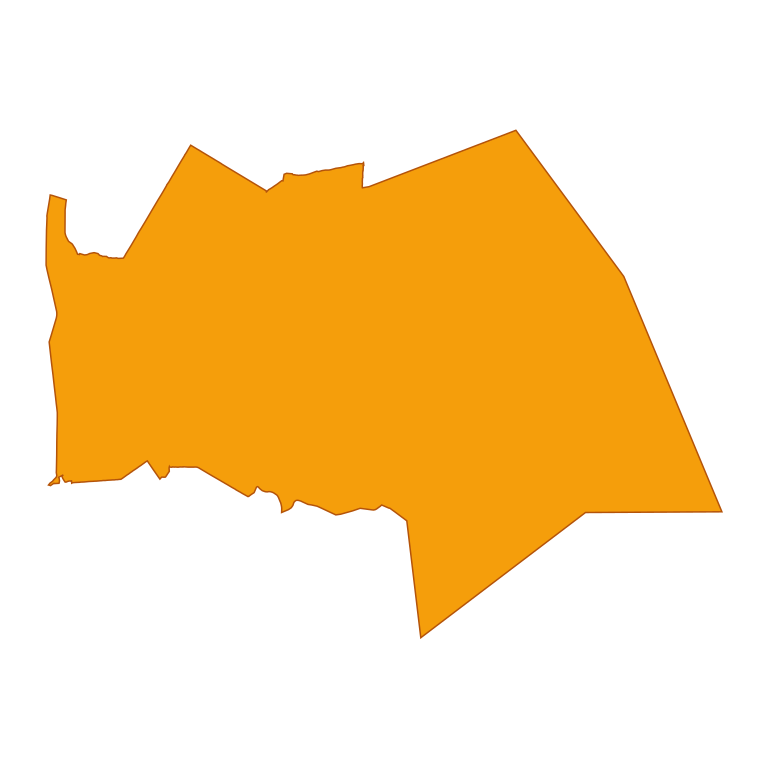 Waterland, Noord-Holland, Netherlands (Albers equal-area conic projection)
{"feature_id": "6326949B46441940402531", "entity_name": "Waterland", "entity_type": "district", "adm_level": 2, "iso_a3": "NLD", "parent_name": "Netherlands", "parent_adm1": "Noord-Holland", "projection": "albers", "projection_center": [4.995, 52.443], "detail": "fine", "context": "isolated", "style": "filled", "palette": "amber", "viewbox_px": 768, "rotation_deg": 0, "n_neighbors": 0, "source": "geoboundaries", "source_scale": "gbopen_adm2", "svg_char_len": 5707}
<svg xmlns="http://www.w3.org/2000/svg" viewBox="0 0 768 768"><path d="M515.9,130.3L369.0,186.7L362.4,187.8L362.3,187.4L362.3,186.9L362.3,186.1L362.2,185.9L362.3,185.1L362.4,183.9L362.3,181.6L362.3,181.4L362.4,181.0L362.4,180.9L362.4,180.7L362.3,180.1L362.4,179.8L362.4,179.6L362.4,178.4L362.5,178.3L362.5,178.2L362.8,177.7L362.7,177.4L362.7,176.5L362.8,175.9L362.7,175.2L362.7,173.5L362.7,173.1L362.8,171.4L362.8,171.0L363.0,171.0L363.1,170.3L363.2,169.8L363.1,169.4L363.1,169.2L363.2,168.6L363.2,168.1L363.2,167.4L363.3,166.8L363.2,166.4L363.1,166.1L363.1,165.4L363.8,165.4L363.6,163.3L363.5,162.6L363.3,162.8L363.2,163.0L362.8,163.5L362.7,163.5L362.1,163.7L361.8,163.7L359.1,163.6L355.3,164.2L353.3,164.7L349.7,165.4L347.4,165.8L344.7,166.8L342.5,167.2L341.0,167.6L335.8,168.3L331.2,169.6L329.9,169.9L328.4,170.1L325.3,170.1L322.1,170.6L319.3,171.4L318.3,171.6L317.0,171.2L316.7,171.2L309.5,173.9L305.6,174.9L303.5,175.1L300.5,175.2L298.0,175.4L297.6,175.2L296.2,175.1L294.1,174.7L293.8,174.8L292.9,174.6L292.3,173.8L286.6,173.3L284.1,174.3L283.1,179.8L283.0,180.8L281.8,180.7L281.6,180.8L279.7,182.2L277.9,183.6L277.1,184.2L273.8,186.4L272.3,187.5L270.2,188.8L268.6,189.7L266.1,192.4L266.5,191.0L265.0,190.1L226.3,166.8L221.7,164.0L221.4,163.7L190.7,145.2L189.0,148.0L186.7,152.0L185.7,153.6L184.7,155.0L184.5,155.6L182.0,159.7L180.3,162.5L174.5,172.4L172.3,176.0L168.9,181.9L166.7,185.0L166.6,185.5L163.5,190.9L160.7,195.6L158.1,199.8L150.7,212.3L150.6,212.5L148.9,215.4L144.9,222.2L140.7,229.1L139.5,231.0L138.6,232.5L137.9,233.7L137.6,234.3L136.2,236.8L130.9,245.8L126.2,253.4L125.5,254.5L125.3,255.1L124.1,257.0L123.5,258.0L122.9,258.2L120.6,258.3L118.0,258.4L116.7,257.9L116.4,257.9L114.5,258.1L112.0,258.1L110.9,257.7L109.7,257.9L108.9,257.9L107.8,257.4L106.5,256.4L104.8,256.4L103.9,256.3L102.7,256.5L101.8,255.9L99.6,255.3L98.0,253.6L94.4,252.7L93.8,252.7L89.7,253.5L87.3,254.6L86.7,254.7L85.3,254.9L84.6,255.0L79.8,253.6L79.4,254.3L79.3,254.5L78.8,254.3L77.6,254.3L77.5,254.1L76.8,252.3L75.2,248.8L74.6,247.7L74.0,246.8L72.5,244.4L72.2,244.1L71.9,243.7L70.0,242.4L68.8,241.5L68.7,241.4L68.3,240.9L66.2,236.8L65.8,235.8L65.3,234.1L65.2,233.6L65.0,232.5L65.0,228.7L65.1,212.8L65.1,209.8L65.2,209.0L65.5,206.5L65.6,205.6L65.8,203.3L66.3,199.9L59.5,197.7L52.1,195.4L50.2,195.0L49.7,198.8L47.3,213.1L47.0,215.2L46.9,215.8L47.0,217.9L46.8,223.1L46.5,230.0L46.2,248.5L46.1,262.9L46.1,265.2L47.0,269.7L48.8,277.5L50.8,285.6L51.7,289.3L52.4,292.4L56.2,309.5L56.6,311.2L56.8,313.0L56.8,314.7L56.7,316.0L56.5,317.0L56.3,318.1L53.3,328.3L51.1,335.7L49.5,340.9L49.2,341.8L49.2,342.4L51.5,362.8L53.0,374.9L54.1,384.8L55.6,397.6L56.2,403.1L56.8,408.0L57.2,411.6L57.3,412.6L57.3,415.0L57.3,416.2L57.2,424.4L57.0,431.4L56.9,435.5L56.9,437.2L56.8,441.7L56.7,454.9L56.5,465.1L56.4,469.9L56.3,472.6L56.8,475.5L56.2,477.3L53.5,480.0L52.6,481.2L49.9,483.2L49.4,483.9L48.5,485.0L50.6,485.6L50.9,485.3L52.6,484.2L54.0,483.3L54.2,483.5L54.3,483.6L59.0,483.3L59.1,483.2L59.5,481.0L59.5,480.5L59.4,479.9L59.3,479.1L59.2,478.6L59.1,478.3L59.1,478.2L58.6,477.3L59.2,477.0L59.3,477.0L60.2,476.5L62.7,475.2L62.8,475.4L61.9,476.1L62.2,477.1L62.5,477.7L62.9,478.6L63.5,479.6L63.7,480.0L64.0,480.4L65.0,482.0L65.6,482.1L66.4,482.0L66.9,481.8L67.7,481.4L68.2,481.3L68.8,481.1L69.5,481.0L69.9,481.0L70.2,481.1L71.5,480.9L71.7,483.2L72.5,482.8L72.8,482.7L75.2,482.5L79.5,482.3L80.2,482.2L80.8,482.1L83.9,482.0L89.0,481.5L93.3,481.3L94.2,481.2L96.9,481.1L97.8,481.0L99.3,480.9L99.5,480.8L102.0,480.7L102.8,480.5L105.4,480.5L105.9,480.4L108.2,480.2L110.0,480.1L111.8,480.0L112.0,480.0L112.1,479.9L112.5,479.9L114.4,479.9L114.9,479.8L115.6,479.7L118.0,479.6L118.9,479.4L120.9,479.3L121.1,479.2L121.3,479.0L122.3,478.4L123.7,477.4L124.1,477.1L127.0,475.0L127.9,474.4L128.3,474.2L128.7,473.9L129.5,473.3L130.1,472.9L130.5,472.5L132.0,471.6L132.3,471.2L133.3,470.6L134.6,469.7L135.0,469.5L135.5,469.1L136.0,468.8L137.6,467.7L138.2,467.2L139.5,466.3L140.9,465.4L142.5,464.2L144.1,463.1L144.4,462.8L145.8,461.8L147.3,460.9L153.1,469.4L158.4,477.0L159.9,479.1L161.0,477.8L161.6,477.3L161.8,477.1L164.8,477.2L165.3,477.1L165.6,476.9L165.8,476.6L166.9,475.0L167.9,473.4L168.7,472.3L169.1,471.6L169.3,471.3L169.3,471.0L169.2,470.1L169.1,468.3L169.1,467.8L169.4,466.6L169.5,466.8L169.5,467.1L172.0,467.2L172.4,466.9L174.2,467.1L175.4,467.0L177.9,467.2L178.9,467.1L180.2,466.9L180.7,467.0L180.8,467.0L182.7,467.0L183.0,467.0L183.0,466.9L183.3,466.9L183.5,466.8L183.9,466.8L187.8,467.1L193.8,467.1L194.2,467.1L194.9,467.0L196.4,467.1L196.8,467.1L198.5,467.7L199.8,468.5L208.7,473.8L213.3,476.5L214.2,477.0L215.9,478.0L217.3,478.8L219.0,479.8L220.1,480.4L221.7,481.4L223.5,482.4L225.3,483.5L226.6,484.2L230.8,486.7L231.6,487.2L235.2,489.2L236.1,489.9L238.3,491.1L238.6,491.3L238.8,491.4L238.9,491.5L239.6,491.8L242.6,493.6L248.0,496.6L248.6,496.3L248.9,496.3L249.2,496.0L250.3,495.2L251.1,494.6L252.9,493.4L253.6,493.0L254.0,492.7L254.4,492.0L256.4,487.3L256.7,487.0L257.1,486.8L257.7,486.6L258.6,487.3L259.8,488.7L262.2,490.6L263.2,491.0L265.2,491.7L267.1,491.9L269.0,491.6L270.3,491.7L271.5,492.0L272.7,492.4L273.7,492.9L276.8,495.0L277.7,496.1L278.5,497.6L280.0,501.3L280.7,502.9L281.3,505.3L281.6,507.0L281.7,508.0L281.7,509.9L281.6,512.5L288.5,509.6L291.3,507.7L292.9,505.4L293.9,502.4L294.9,501.3L295.7,500.6L296.3,500.4L296.9,500.3L298.0,500.3L299.3,500.6L300.9,501.1L302.3,501.8L308.0,504.4L311.8,505.0L317.1,506.2L321.1,508.0L335.8,514.9L340.7,514.2L352.5,510.9L360.1,508.3L372.3,509.9L373.7,510.0L375.4,509.6L376.8,508.8L378.8,507.3L380.1,506.4L381.7,505.0L388.9,508.1L389.8,508.2L394.5,511.6L406.8,520.8L420.8,637.7L585.5,512.5L721.9,511.8L666.0,377.8L623.8,276.5L515.9,130.3Z" fill="#f59e0b" stroke="#b45309" stroke-width="1.5"/></svg>